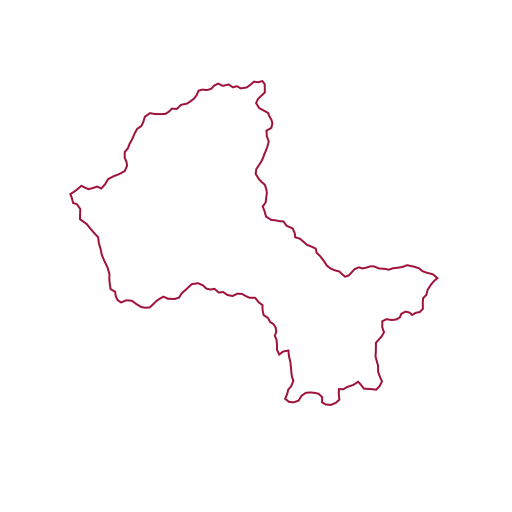 outline of Carangola, Minas Gerais, Brazil, rotated 237°
{"feature_id": "56859067B57356362865245", "entity_name": "Carangola", "entity_type": "district", "adm_level": 2, "iso_a3": "BRA", "parent_name": "Brazil", "parent_adm1": "Minas Gerais", "projection": "mercator", "projection_center": [-42.102, -20.708], "detail": "fine", "context": "isolated", "style": "outline", "palette": "rose", "viewbox_px": 512, "rotation_deg": 237, "n_neighbors": 0, "source": "geoboundaries", "source_scale": "gbopen_adm2", "svg_char_len": 3350}
<svg xmlns="http://www.w3.org/2000/svg" viewBox="0 0 512 512"><g transform="rotate(237 256 256)"><path d="M433.3,238.6L429.8,234.5L427.4,230.5L427.4,225.7L424.9,221.0L421.5,216.0L419.0,211.2L416.2,207.4L414.7,202.6L410.2,199.5L405.0,198.5L401.8,196.9L398.7,192.0L399.2,185.9L400.5,179.7L401.0,173.8L398.4,168.6L396.9,163.0L400.7,160.7L401.8,156.4L403.2,152.0L406.2,150.0L410.0,147.8L409.4,143.5L409.0,139.2L409.0,134.0L405.1,133.2L400.1,131.5L396.9,134.0L391.1,134.2L386.5,131.0L382.7,128.4L378.5,130.1L374.9,131.5L370.0,131.9L364.1,132.7L357.7,133.8L352.6,131.3L346.6,129.5L340.9,127.3L335.0,126.2L327.5,125.3L320.6,123.2L316.2,120.2L312.3,118.2L307.5,116.0L302.6,118.4L298.8,116.5L294.3,115.9L290.5,117.6L289.5,123.1L286.1,127.5L280.8,129.5L275.9,131.9L273.2,134.5L270.8,138.8L271.5,143.3L272.5,148.1L272.6,152.4L272.3,156.2L268.1,158.9L264.3,164.3L263.0,168.8L265.1,173.2L266.1,179.7L267.4,186.8L264.7,192.6L260.3,195.5L255.7,196.6L252.6,199.6L251.1,203.3L245.6,204.9L243.7,208.8L238.9,210.8L235.2,214.5L234.6,219.7L231.8,223.6L228.0,225.6L224.6,227.8L221.4,232.5L215.5,233.1L211.3,234.7L207.6,232.3L202.2,230.2L197.5,232.3L192.8,231.9L189.6,233.5L185.2,233.5L181.4,231.7L178.8,228.3L174.4,227.5L170.0,225.2L166.2,222.6L160.7,221.8L161.1,226.7L159.1,231.7L154.1,229.1L148.6,227.2L143.4,224.6L138.6,222.0L135.2,220.4L131.0,219.4L127.7,214.7L126.3,210.2L123.3,207.0L120.4,202.7L115.7,204.2L112.8,207.8L111.5,212.9L114.0,218.1L114.1,223.4L111.6,227.8L109.3,230.6L106.4,233.5L101.5,234.6L97.5,231.7L93.6,233.5L90.3,237.7L89.4,242.8L90.1,247.7L95.3,250.3L99.2,253.1L96.7,256.6L96.4,261.6L94.9,267.3L94.9,273.2L90.7,273.9L86.0,274.2L82.3,279.3L78.4,284.1L79.7,289.2L82.3,293.4L86.9,294.1L92.2,295.3L97.8,298.7L102.9,300.3L107.0,301.7L110.2,304.2L114.4,307.0L117.9,309.3L118.9,313.1L120.1,317.5L122.3,321.8L127.3,323.0L132.5,326.4L131.9,331.1L128.4,334.9L126.3,339.2L126.2,343.3L128.4,346.4L127.9,351.1L124.9,354.0L121.5,354.8L121.4,359.1L119.8,362.7L120.8,367.2L126.0,370.4L129.7,373.3L130.5,377.5L134.3,381.7L136.7,387.2L138.1,391.8L138.6,396.1L144.3,394.4L149.0,390.1L152.7,387.3L156.8,386.1L160.9,382.8L166.0,377.7L167.0,373.0L169.1,368.2L171.2,363.9L172.1,360.0L174.9,357.2L178.8,352.1L183.1,349.3L185.2,345.9L186.1,342.3L187.5,338.6L190.4,336.2L191.3,331.7L190.1,327.0L189.2,323.2L190.1,319.5L194.1,318.2L197.5,317.5L201.1,314.3L204.5,311.9L209.3,310.2L214.9,310.2L221.0,309.7L225.7,308.6L229.7,310.1L233.3,307.9L237.7,304.8L242.4,303.5L246.5,302.3L250.4,299.1L254.0,300.9L259.1,301.8L264.7,298.1L270.1,297.8L272.3,294.8L275.1,292.0L278.0,288.4L283.6,285.9L289.3,287.7L293.9,288.6L295.7,293.3L299.6,296.5L302.4,299.1L306.0,300.9L310.9,302.2L315.5,300.9L319.3,300.3L325.2,300.5L328.7,303.6L330.2,307.0L331.9,311.0L334.5,315.5L336.9,318.5L338.9,321.6L341.6,325.2L345.2,329.1L350.5,330.3L355.4,333.0L355.1,338.6L358.3,342.0L361.8,343.1L365.7,343.3L369.4,344.1L373.2,342.0L378.3,339.2L384.2,339.4L386.6,343.1L387.4,347.2L388.4,352.5L392.3,355.0L395.4,356.9L399.2,356.6L400.7,352.1L403.3,349.3L402.7,345.1L402.4,340.0L404.9,334.5L408.8,332.5L410.0,328.5L414.7,326.5L416.8,320.8L421.2,318.2L421.7,313.7L420.6,309.4L421.9,305.2L424.9,301.4L425.9,297.8L423.2,293.8L421.7,289.6L421.3,281.5L423.6,275.4L422.5,269.6L425.4,265.7L424.5,261.6L424.5,257.4L427.0,253.2L430.2,248.5L433.6,244.8L433.3,238.6Z" fill="none" stroke="#9f1239" stroke-width="2"/></g></svg>